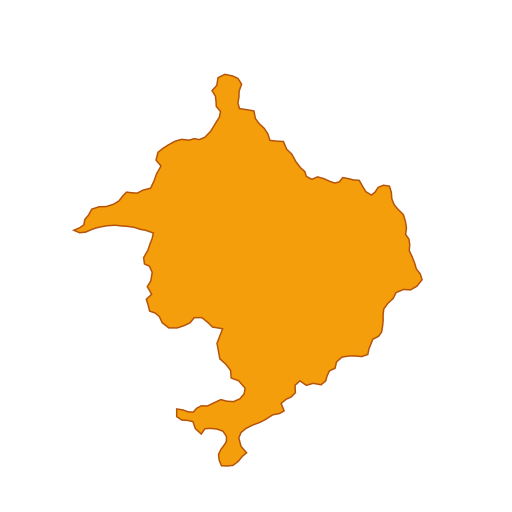 outline of Nacip Raydan, Minas Gerais, Brazil, rotated 153°
{"feature_id": "56859067B95116732542422", "entity_name": "Nacip Raydan", "entity_type": "district", "adm_level": 2, "iso_a3": "BRA", "parent_name": "Brazil", "parent_adm1": "Minas Gerais", "projection": "orthographic", "projection_center": [-42.174, -18.485], "detail": "fine", "context": "isolated", "style": "filled", "palette": "amber", "viewbox_px": 512, "rotation_deg": 153, "n_neighbors": 0, "source": "geoboundaries", "source_scale": "gbopen_adm2", "svg_char_len": 2849}
<svg xmlns="http://www.w3.org/2000/svg" viewBox="0 0 512 512"><g transform="rotate(153 256 256)"><path d="M406.6,361.6L402.6,356.8L396.9,354.6L391.6,354.3L386.8,353.8L382.1,352.7L375.0,350.6L367.2,347.2L362.5,344.0L357.9,341.3L351.8,337.1L347.1,332.4L342.8,329.1L337.0,323.1L340.8,318.5L344.4,315.4L349.5,310.4L356.9,305.5L359.0,299.5L355.6,295.4L355.9,288.6L361.0,281.6L366.8,278.0L366.3,269.3L373.4,267.2L374.4,261.1L375.8,255.2L371.7,250.9L369.6,246.0L369.9,239.1L366.3,231.5L358.9,227.7L351.8,226.6L345.1,226.4L339.0,229.1L332.2,225.6L329.1,218.7L327.0,212.4L322.7,209.3L318.8,206.3L325.5,200.3L330.4,195.9L332.5,188.8L334.9,180.8L331.9,173.0L330.6,165.5L333.5,158.6L328.1,152.7L325.7,143.2L329.1,138.6L335.1,136.1L342.0,136.4L347.7,139.7L352.5,144.0L360.8,144.3L367.3,144.4L372.7,147.3L377.9,147.3L382.8,145.4L387.1,147.9L391.2,152.2L396.1,155.7L399.6,148.9L396.6,143.5L391.5,140.5L387.4,137.0L388.4,129.7L385.6,122.2L380.0,125.3L375.1,123.2L369.4,119.6L365.0,114.9L364.2,108.7L366.7,104.0L370.9,101.6L375.3,99.5L379.5,96.2L381.5,90.8L382.0,84.8L376.6,81.8L371.6,79.9L365.0,81.1L359.1,83.7L353.7,84.9L355.8,93.2L353.9,101.7L349.5,105.5L343.3,106.9L335.9,106.9L328.1,106.0L322.1,106.0L313.2,106.9L306.6,105.0L301.3,105.2L300.5,113.3L293.8,114.7L288.7,114.4L283.0,116.3L279.9,123.1L273.5,124.8L269.9,117.9L262.9,116.6L256.4,111.7L250.5,113.1L247.2,116.8L242.8,120.3L236.5,120.1L232.4,125.0L225.3,126.9L218.8,124.8L212.8,121.8L207.5,118.4L201.1,117.5L197.5,122.0L193.5,125.5L189.7,128.8L183.3,128.8L178.6,131.2L175.3,135.7L172.1,140.6L169.3,146.2L166.2,150.8L160.1,153.9L152.9,156.0L147.9,159.8L139.9,159.3L133.8,155.7L126.5,156.0L118.8,159.5L117.8,165.5L119.0,171.7L118.0,177.0L117.2,184.6L117.0,191.3L113.9,196.2L112.1,201.5L112.9,207.4L109.3,212.5L107.3,218.5L105.9,225.8L108.3,233.2L109.6,238.9L109.0,245.4L106.5,251.3L105.4,257.6L110.3,261.2L116.0,261.7L120.9,258.9L125.5,257.9L128.9,263.4L129.4,269.5L129.7,276.6L134.5,279.4L138.8,283.2L143.1,286.5L148.2,284.2L152.8,285.3L156.5,289.2L160.6,294.3L165.3,298.6L171.4,298.9L175.0,304.1L174.2,309.0L176.3,314.6L177.6,321.8L177.9,330.7L180.2,337.2L179.6,345.6L185.7,349.1L191.1,352.7L190.0,359.3L190.8,366.3L193.1,372.5L194.1,378.8L192.0,386.2L198.0,390.7L203.8,394.8L202.6,400.6L199.0,405.4L196.4,410.3L190.8,415.7L191.5,422.5L195.4,427.3L201.3,432.0L208.9,432.1L213.5,425.8L220.1,423.3L219.6,416.9L221.4,411.9L223.5,407.3L222.0,400.8L225.8,396.2L230.4,393.5L234.9,390.7L239.8,387.7L247.7,385.0L253.8,385.5L257.7,388.6L263.0,389.6L269.3,393.7L275.8,395.0L283.5,394.8L289.7,394.2L296.2,392.9L301.5,386.9L299.8,379.3L307.2,374.4L312.6,369.3L319.1,364.3L326.8,366.0L333.2,365.9L338.1,368.8L342.4,371.7L347.7,369.9L353.1,367.3L359.5,366.8L366.9,368.0L373.5,371.1L381.1,372.3L386.6,368.5L391.9,366.3L395.3,361.9L400.2,361.2L406.6,361.6Z" fill="#f59e0b" stroke="#b45309" stroke-width="1.5"/></g></svg>